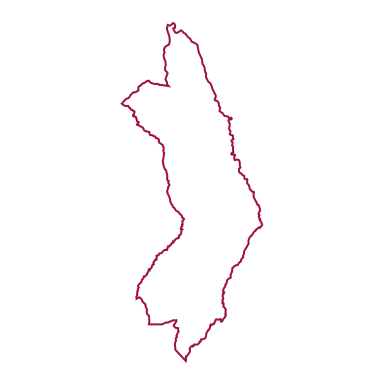 Nova Maringá, Mato Grosso, Brazil
{"feature_id": "56859067B91548719297399", "entity_name": "Nova Maringá", "entity_type": "district", "adm_level": 2, "iso_a3": "BRA", "parent_name": "Brazil", "parent_adm1": "Mato Grosso", "projection": "robinson", "projection_center": [-57.25, -12.757], "detail": "fine", "context": "isolated", "style": "outline", "palette": "rose", "viewbox_px": 384, "rotation_deg": 0, "n_neighbors": 0, "source": "geoboundaries", "source_scale": "gbopen_adm2", "svg_char_len": 6038}
<svg xmlns="http://www.w3.org/2000/svg" viewBox="0 0 384 384"><path d="M156.4,256.0L156.8,257.3L156.5,258.3L156.7,259.1L156.5,259.7L155.2,259.7L155.0,260.6L154.1,261.3L153.4,262.7L153.9,264.1L153.0,264.5L152.6,265.5L152.1,265.6L151.6,267.6L150.4,268.7L149.3,269.1L149.9,269.5L149.8,270.1L149.2,269.8L147.1,273.6L147.0,274.5L145.5,275.7L145.1,276.4L143.8,276.5L143.9,277.0L143.0,278.8L141.8,279.8L141.6,281.3L140.9,282.7L139.1,284.1L138.1,285.8L138.1,286.9L138.8,287.6L137.7,289.4L138.0,290.7L137.4,291.2L137.0,294.2L137.4,294.7L136.2,297.3L137.1,297.9L136.9,298.6L139.3,297.3L140.9,298.4L141.6,299.3L142.6,301.7L145.4,304.4L145.6,306.3L147.0,309.8L146.7,312.0L146.9,313.1L147.5,314.4L148.8,315.5L148.9,316.0L149.4,321.1L148.9,324.3L162.0,324.4L166.2,322.4L167.9,322.6L172.1,320.7L174.0,320.2L175.0,320.2L176.0,320.7L176.4,320.4L176.5,320.9L175.2,323.3L173.9,324.8L173.8,326.0L175.8,327.9L178.1,328.1L178.3,328.8L178.0,330.2L178.7,331.7L177.7,332.8L176.5,335.5L176.9,337.3L175.9,338.0L175.7,338.7L176.0,340.5L174.9,343.8L175.4,349.8L185.8,361.0L186.1,359.3L185.6,358.2L186.2,357.1L186.1,356.5L186.3,356.1L186.8,356.2L189.9,351.8L190.0,350.2L189.6,348.6L190.8,346.8L192.2,345.8L192.8,346.5L193.4,346.3L194.1,344.6L194.6,344.4L196.3,344.7L198.2,344.1L199.2,342.8L199.5,341.7L200.2,341.9L200.6,341.4L201.2,340.1L201.1,339.5L203.8,339.0L205.2,338.1L205.8,337.1L206.5,333.1L208.4,329.8L208.8,329.9L209.6,328.6L210.3,326.7L210.0,325.8L210.9,325.1L210.9,324.5L212.0,324.9L213.4,323.7L214.2,323.8L214.4,322.6L216.1,319.3L218.2,319.7L220.4,319.1L220.9,319.4L220.8,321.5L221.2,321.7L222.3,321.1L223.6,318.6L225.0,317.3L225.2,316.1L225.9,315.3L225.3,313.8L225.7,313.5L225.5,310.7L225.9,310.1L225.3,308.7L223.4,306.4L223.6,305.7L223.3,304.5L223.6,304.0L222.8,303.5L223.1,303.0L222.4,302.6L222.8,301.5L222.3,300.1L223.2,299.2L223.3,298.3L222.6,296.2L222.8,294.7L223.5,294.3L223.2,293.4L224.1,292.6L223.2,292.0L223.6,291.5L223.1,290.3L224.2,287.7L225.3,286.4L225.4,284.6L226.0,284.3L226.4,283.6L227.1,280.3L228.2,279.0L230.7,277.7L230.7,274.5L232.1,271.5L232.3,268.1L233.4,267.3L233.8,266.6L236.1,265.2L237.1,265.2L238.0,264.7L239.0,262.7L240.5,261.8L241.1,260.7L240.9,260.0L242.3,258.1L243.0,257.6L243.3,256.8L243.0,255.9L244.0,253.7L244.0,252.0L244.4,250.9L248.5,243.9L248.5,240.4L249.5,237.8L251.2,235.6L251.9,235.4L252.9,233.5L255.1,230.7L255.5,230.8L256.4,229.2L257.3,228.9L258.0,228.0L259.4,227.3L260.0,227.8L260.5,226.8L261.4,226.2L262.1,225.1L262.2,224.3L261.6,223.6L261.2,221.8L259.7,220.0L260.1,218.8L259.3,218.4L258.8,216.8L258.8,216.2L259.5,215.3L258.5,214.1L259.2,211.9L260.1,210.7L260.0,209.3L258.7,205.2L257.3,204.6L256.6,202.6L253.8,197.4L253.5,193.8L254.0,192.6L253.8,191.9L252.3,191.7L249.9,189.1L248.9,185.2L247.1,183.3L247.3,179.7L247.0,179.1L245.8,179.3L244.7,178.9L244.0,175.7L242.7,175.2L241.3,173.5L240.0,173.0L239.4,172.3L239.0,171.3L239.1,168.8L240.4,167.6L239.7,165.4L239.9,163.6L239.3,160.7L238.4,159.8L237.1,159.5L235.0,160.1L234.5,159.8L234.1,157.8L235.1,155.2L234.7,154.6L232.0,154.7L231.3,154.2L232.0,152.8L233.2,152.6L233.3,151.9L232.9,149.4L233.1,146.5L232.0,145.5L232.7,142.7L231.4,141.0L231.8,140.0L233.5,139.2L232.8,137.6L232.9,135.6L231.9,135.0L230.5,134.9L229.8,134.1L230.5,131.2L229.0,128.8L229.7,125.6L229.7,123.6L228.4,121.1L228.8,119.9L231.0,119.4L231.6,119.1L231.8,118.4L231.0,117.6L230.2,117.9L229.8,118.6L229.3,118.6L227.9,116.5L224.5,115.9L222.4,113.0L219.6,111.3L219.5,110.6L220.2,107.5L218.9,105.7L218.9,103.3L217.2,100.9L215.2,100.4L214.7,99.9L214.7,99.3L215.8,96.9L215.7,95.4L212.1,88.2L211.8,86.3L211.0,85.1L210.6,83.5L208.4,81.8L206.4,78.1L205.9,75.7L206.2,73.5L205.1,72.0L204.7,68.4L204.0,66.0L202.5,64.0L202.0,59.3L198.8,52.6L197.5,45.1L195.8,43.6L191.5,41.5L190.3,38.9L187.7,36.8L185.5,33.9L183.5,32.6L181.5,30.5L180.4,30.6L178.7,32.0L176.6,33.0L175.3,32.6L173.5,29.5L173.3,28.3L175.0,27.8L175.2,25.4L174.5,23.9L173.2,23.0L170.5,25.4L169.1,25.5L167.8,24.9L167.6,25.4L166.9,29.0L169.4,36.7L169.8,40.9L169.2,44.0L168.0,45.3L167.3,45.4L165.1,46.9L164.0,49.3L164.1,51.3L164.7,52.4L163.7,54.4L163.6,55.7L164.2,58.8L165.1,60.3L165.7,63.7L165.7,65.9L165.1,67.3L165.0,69.7L165.8,71.1L167.2,72.3L167.6,73.4L166.2,76.9L165.5,79.7L166.8,81.8L167.2,84.6L168.6,86.1L160.6,84.8L159.9,85.1L159.2,84.9L158.0,83.8L156.6,84.1L153.8,83.8L151.6,83.1L149.5,81.8L149.2,81.0L148.6,80.6L146.3,81.4L145.0,82.6L142.2,83.7L141.0,85.3L138.7,86.6L138.2,88.2L138.5,90.4L135.4,92.3L133.5,92.2L130.6,94.9L129.7,96.6L128.4,98.2L127.0,98.5L124.8,100.0L124.3,101.0L123.0,102.0L122.4,103.3L121.8,103.7L123.9,105.5L126.9,106.1L128.1,105.9L129.2,107.6L130.1,108.1L130.9,109.7L132.2,109.8L133.1,110.8L134.3,111.2L134.6,111.9L133.8,114.6L133.0,115.1L133.1,116.0L133.6,116.5L134.6,116.3L135.9,117.0L136.0,118.0L136.6,119.0L137.1,121.6L138.6,122.0L138.7,122.7L137.5,124.2L136.9,124.4L137.1,124.9L138.7,125.2L140.0,126.3L141.9,126.9L143.1,128.0L144.0,130.2L145.6,131.3L147.4,131.3L147.8,131.8L149.3,132.0L149.8,134.7L150.4,135.2L152.0,135.0L153.6,136.1L155.3,136.5L155.7,138.1L157.4,138.3L158.8,139.4L159.1,140.5L158.7,141.8L159.3,142.6L162.8,145.1L163.0,146.6L163.7,147.4L163.4,151.7L164.2,152.9L163.2,159.4L162.7,160.6L163.2,162.0L162.9,163.2L164.7,169.0L165.7,169.8L166.4,171.2L166.5,173.1L167.1,173.9L167.3,177.2L167.0,179.3L167.6,180.4L168.6,180.7L168.2,182.6L169.4,184.7L169.3,185.5L168.1,187.0L168.1,188.6L167.2,190.4L167.3,192.8L169.3,196.8L170.0,199.3L170.3,201.4L171.2,203.8L172.2,204.9L173.1,207.1L174.3,207.9L176.0,210.6L178.7,212.1L179.3,213.3L181.7,215.6L182.3,217.7L183.2,217.9L183.8,218.7L184.0,219.3L182.4,221.0L182.6,224.4L182.0,224.8L181.8,226.0L182.2,226.2L181.0,227.8L180.8,228.8L182.3,229.4L181.9,229.8L181.3,229.7L181.2,233.0L180.4,234.9L179.3,235.2L178.9,236.0L179.0,237.6L178.5,238.1L177.9,238.0L175.4,239.3L173.4,242.6L173.0,242.7L172.8,242.2L172.5,243.1L171.4,243.5L170.9,244.9L169.4,245.7L169.3,246.4L168.2,246.9L167.8,246.6L167.6,246.9L167.6,248.4L166.8,249.1L167.0,249.9L164.3,250.1L162.6,251.6L161.6,253.1L159.4,253.5L158.7,254.2L158.6,255.1L156.4,256.0Z" fill="none" stroke="#9f1239" stroke-width="2"/></svg>